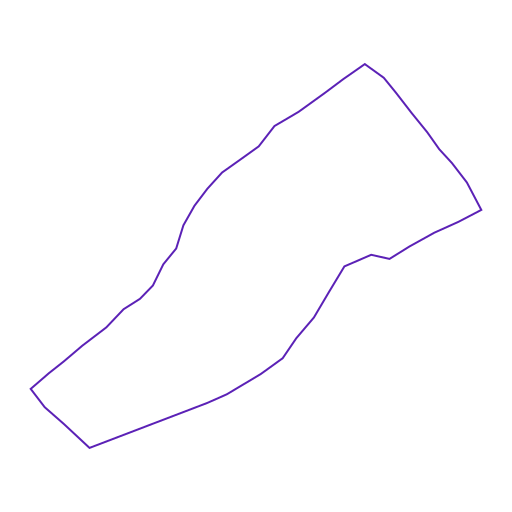 the district of Nilópolis, Rio de Janeiro, Brazil
{"feature_id": "56859067B33990296022375", "entity_name": "Nilópolis", "entity_type": "district", "adm_level": 2, "iso_a3": "BRA", "parent_name": "Brazil", "parent_adm1": "Rio de Janeiro", "projection": "robinson", "projection_center": [-43.429, -22.82], "detail": "fine", "context": "isolated", "style": "outline", "palette": "violet", "viewbox_px": 512, "rotation_deg": 0, "n_neighbors": 0, "source": "geoboundaries", "source_scale": "gbopen_adm2", "svg_char_len": 666}
<svg xmlns="http://www.w3.org/2000/svg" viewBox="0 0 512 512"><path d="M30.7,388.9L44.7,407.2L64.1,424.2L89.5,447.9L207.1,403.0L226.8,394.3L260.8,374.0L282.7,358.2L296.3,338.2L313.9,317.5L328.9,292.1L344.4,266.4L371.2,254.8L389.5,258.9L409.6,246.4L434.3,232.7L458.3,221.9L481.3,209.9L466.9,182.5L451.9,163.0L439.3,149.3L427.2,132.2L411.7,113.1L396.0,92.8L383.8,77.8L364.8,64.1L343.3,79.1L325.0,92.8L298.5,111.9L274.5,126.0L258.7,146.4L237.9,161.3L222.1,172.5L207.4,188.7L194.5,205.7L183.4,225.3L176.2,248.5L163.3,264.3L152.9,285.5L140.0,298.8L123.6,309.2L106.3,327.4L82.3,345.7L63.7,361.5L49.0,373.1L30.7,388.9Z" fill="none" stroke="#5b21b6" stroke-width="2"/></svg>